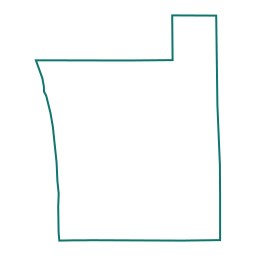 outline of Ottawa, Michigan, United States of America
{"feature_id": "52423323B64315206950381", "entity_name": "Ottawa", "entity_type": "district", "adm_level": 2, "iso_a3": "USA", "parent_name": "United States of America", "parent_adm1": "Michigan", "projection": "albers", "projection_center": [-86.089, 42.987], "detail": "fine", "context": "isolated", "style": "outline", "palette": "teal", "viewbox_px": 256, "rotation_deg": 0, "n_neighbors": 0, "source": "geoboundaries", "source_scale": "gbopen_adm2", "svg_char_len": 446}
<svg xmlns="http://www.w3.org/2000/svg" viewBox="0 0 256 256"><path d="M35.9,60.3L42.4,78.3L43.9,86.8L44.0,91.6L46.2,95.7L50.5,113.1L52.2,123.0L52.9,127.2L56.6,162.8L56.9,169.6L57.4,181.0L58.7,193.6L58.2,206.9L58.6,232.3L59.3,240.6L75.3,240.3L86.4,240.3L90.3,240.2L182.9,240.6L220.1,240.1L220.1,194.9L220.0,184.0L219.9,164.9L217.4,105.2L216.2,15.6L172.2,15.4L172.6,60.1L127.8,60.5L35.9,60.3Z" fill="none" stroke="#0f766e" stroke-width="2"/></svg>